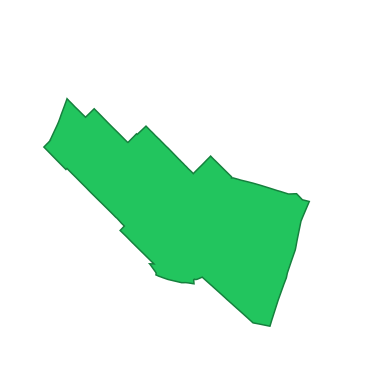 Spantov, Calarasi, Romania, rotated 319°
{"feature_id": "2599482B51695230514205", "entity_name": "Spantov", "entity_type": "district", "adm_level": 2, "iso_a3": "ROU", "parent_name": "Romania", "parent_adm1": "Calarasi", "projection": "mercator", "projection_center": [26.79, 44.153], "detail": "fine", "context": "isolated", "style": "filled", "palette": "green", "viewbox_px": 384, "rotation_deg": 319, "n_neighbors": 0, "source": "geoboundaries", "source_scale": "gbopen_adm2", "svg_char_len": 2601}
<svg xmlns="http://www.w3.org/2000/svg" viewBox="0 0 384 384"><g transform="rotate(319 192 192)"><path d="M162.8,344.4L167.9,341.2L186.0,330.2L200.8,321.9L205.7,319.3L206.5,318.9L207.0,318.6L210.8,315.7L220.7,309.9L231.7,303.6L232.7,302.9L235.0,301.1L239.1,297.8L255.0,285.6L256.2,285.0L256.6,284.8L258.5,283.8L274.3,276.1L270.2,270.3L269.9,263.7L269.8,261.9L268.2,260.6L265.8,258.7L263.6,256.9L263.3,256.5L258.9,249.3L257.3,246.9L253.0,239.8L248.3,232.2L244.1,225.7L240.3,220.2L236.6,215.0L235.1,212.6L233.3,209.9L232.4,208.5L232.1,208.2L231.0,207.3L231.8,206.6L231.5,202.9L230.9,194.9L230.6,190.9L230.4,188.2L230.1,184.0L229.9,182.1L229.7,179.1L229.6,177.1L227.9,177.3L224.6,177.5L220.1,177.9L216.1,178.2L212.4,178.4L211.3,178.5L209.5,178.6L205.8,178.9L205.0,179.0L205.0,178.0L204.9,176.3L204.7,174.4L204.5,172.6L204.4,171.4L204.4,170.1L204.3,168.6L204.1,166.8L204.1,165.3L204.0,163.9L203.9,162.9L203.8,161.7L203.8,160.4L203.7,160.4L202.8,143.9L202.7,142.5L202.5,141.0L202.4,139.7L202.3,138.2L202.2,136.1L202.1,134.9L202.0,133.5L201.9,131.0L201.6,128.6L201.5,126.7L201.3,125.7L201.3,125.0L201.3,124.2L201.2,122.3L201.1,120.6L200.9,118.9L200.8,117.3L200.7,115.3L200.5,112.1L188.4,112.6L188.3,111.7L187.6,111.7L184.5,112.0L181.4,112.2L177.8,112.5L176.4,112.6L176.2,112.6L176.0,112.4L175.8,110.1L175.1,99.5L174.4,90.6L174.0,84.8L173.2,70.9L173.0,68.2L172.8,65.3L172.8,65.0L172.7,65.0L169.5,65.2L166.2,65.4L160.7,65.7L160.3,60.9L160.0,56.4L159.5,50.7L159.3,46.2L159.0,42.7L159.0,41.3L158.9,40.5L158.9,39.6L156.8,40.8L151.2,43.9L146.6,46.4L144.0,47.8L140.9,49.6L137.8,51.3L136.4,52.0L134.1,53.1L129.1,55.3L123.0,58.0L120.8,59.0L120.1,59.3L119.5,59.5L119.0,59.7L119.0,59.9L119.0,60.1L115.0,60.5L114.5,60.5L114.4,60.5L109.7,60.9L110.7,78.0L111.6,92.3L113.1,92.2L113.6,100.2L114.0,105.1L114.5,113.2L115.0,120.0L115.1,122.5L115.3,126.0L115.5,128.6L117.3,151.8L117.9,161.1L118.2,162.6L118.2,163.2L118.3,166.7L118.3,167.6L118.3,169.5L118.6,173.3L112.5,173.9L112.6,175.1L112.9,178.6L113.2,181.9L113.8,191.6L114.1,195.4L116.1,221.3L112.9,218.4L112.9,218.8L112.6,222.1L112.0,228.4L111.8,229.6L111.1,230.3L110.4,230.9L110.5,231.1L110.9,232.0L111.8,234.0L112.5,235.1L113.6,237.2L114.0,237.9L116.4,242.1L118.4,244.9L124.8,253.8L125.6,254.4L126.0,254.8L127.4,255.9L128.4,256.9L129.5,258.1L131.6,260.6L132.4,261.6L133.3,262.6L135.7,259.3L136.5,259.3L136.6,259.7L137.1,260.2L137.3,260.4L137.8,260.8L138.8,261.3L139.4,261.5L143.9,263.0L143.9,263.5L146.0,280.2L147.6,293.2L147.8,295.3L151.2,322.2L151.7,326.5L152.2,330.8L155.7,335.2L162.0,343.4L162.8,344.4Z" fill="#22c55e" stroke="#15803d" stroke-width="1.5"/></g></svg>